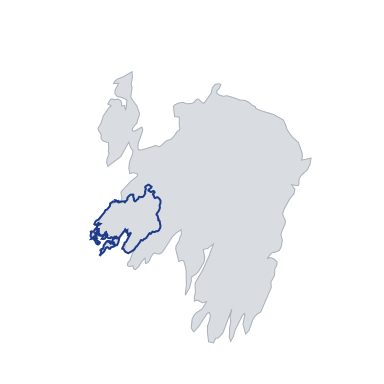 Mayo on a map of Ireland (Natural Earth projection), rotated 306°
{"feature_id": "IRL-714", "entity_name": "Mayo", "entity_type": "County", "adm_level": 1, "iso_a3": "IRL", "parent_name": "Ireland", "parent_adm1": "", "projection": "natural_earth1", "projection_center": [-9.466, 53.907], "detail": "fine", "context": "in_parent", "style": "outline", "palette": "blue", "viewbox_px": 384, "rotation_deg": 306, "n_neighbors": 0, "source": "natural_earth", "source_scale": "10m", "svg_char_len": 9616}
<svg xmlns="http://www.w3.org/2000/svg" viewBox="0 0 384 384"><g transform="rotate(306 192 192)"><path d="M241.2,82.2L233.3,86.4L232.1,88.0L229.9,94.4L229.6,96.2L224.7,103.3L221.9,104.7L217.6,105.9L215.2,107.0L212.2,106.5L208.4,106.5L206.5,107.8L206.6,108.8L207.7,109.9L214.9,113.2L214.5,114.5L212.5,116.1L199.8,119.9L196.0,122.2L194.7,123.8L196.1,126.3L206.3,134.0L208.0,134.8L209.6,139.3L218.5,141.2L222.2,144.0L225.4,144.6L232.3,144.4L235.0,145.4L236.6,144.6L237.5,143.2L245.1,137.7L242.7,133.6L250.3,126.7L252.5,126.8L256.1,128.9L259.2,131.9L260.2,135.8L263.1,139.3L264.9,140.6L269.8,141.3L271.0,142.7L270.2,147.8L271.0,149.5L283.5,149.4L288.5,147.1L292.9,147.5L295.1,149.8L296.1,152.2L292.3,153.1L288.4,152.6L286.5,154.2L286.5,157.2L287.8,161.0L290.5,163.8L292.7,170.0L294.6,176.8L297.3,181.0L298.0,186.1L297.6,188.7L298.2,193.2L297.1,194.8L298.0,199.1L302.8,212.9L303.9,223.6L301.7,227.7L298.8,231.5L296.9,236.1L295.4,241.0L294.6,248.9L288.2,258.2L285.4,260.5L282.2,261.9L289.4,268.4L283.6,271.3L277.3,272.3L270.2,270.6L265.9,270.8L260.3,274.2L259.1,273.6L256.4,268.3L254.5,273.8L250.5,275.5L243.6,275.2L232.0,276.6L227.6,278.2L225.7,280.7L224.4,283.5L222.6,285.2L220.6,286.1L211.6,288.2L209.9,289.0L205.8,293.6L200.4,296.3L195.9,297.0L191.9,294.4L190.2,292.8L188.3,291.9L182.2,292.1L184.1,292.9L185.4,294.8L186.0,298.4L185.4,302.0L182.3,303.8L178.7,304.1L173.0,307.8L165.5,308.8L161.4,312.2L136.5,317.9L135.0,318.0L131.6,316.5L127.8,315.9L124.1,316.3L113.7,319.5L108.6,318.9L115.1,310.9L123.7,306.9L124.6,305.8L121.8,305.3L105.3,308.1L99.6,310.4L93.8,311.1L96.5,307.5L103.9,302.5L110.3,299.3L113.1,296.3L120.8,293.0L95.8,299.9L89.2,299.0L87.6,297.1L82.5,298.0L80.6,293.4L88.2,286.4L92.6,283.4L97.9,281.8L102.9,279.5L104.8,276.6L102.5,275.7L87.3,276.4L80.1,275.8L80.5,273.6L81.8,271.1L89.3,266.8L93.4,266.1L97.0,266.5L103.4,269.0L111.9,268.2L108.4,265.5L107.8,260.0L105.1,258.1L108.5,255.5L112.5,254.0L119.1,248.7L121.5,247.9L134.6,246.6L148.7,243.8L162.7,239.9L155.5,237.8L152.1,234.9L146.6,240.7L142.6,242.9L131.4,244.0L127.8,243.4L122.8,241.6L121.2,242.3L119.8,243.7L112.4,246.5L104.5,247.2L113.6,242.0L125.2,233.2L127.7,230.5L131.4,225.7L130.3,223.5L127.9,222.3L136.2,212.4L139.2,210.7L144.5,210.4L148.4,208.8L150.1,208.8L151.7,208.2L155.1,205.3L149.8,203.4L144.3,202.4L127.4,203.4L125.2,203.2L123.1,202.3L121.8,201.0L120.7,197.7L119.5,196.9L115.7,196.9L111.9,197.9L109.3,197.8L106.7,196.4L110.9,192.9L105.6,192.1L100.2,192.8L95.7,191.8L95.6,189.6L97.6,187.5L95.0,185.4L94.5,182.9L97.3,181.6L100.4,182.0L106.6,180.1L114.7,179.2L107.8,177.3L105.1,175.7L104.9,173.3L105.5,171.2L113.5,167.6L122.0,166.1L121.3,163.7L121.9,161.2L113.3,160.5L104.9,162.3L105.8,157.4L107.8,153.1L108.2,150.2L107.8,147.1L103.9,148.4L103.4,144.1L101.7,141.1L95.8,143.2L96.0,139.3L97.7,136.5L100.8,135.3L103.8,135.8L109.5,135.8L114.9,133.7L122.8,133.2L135.3,133.9L144.0,139.7L146.2,138.6L149.6,134.9L151.2,134.5L164.2,136.1L172.3,138.3L174.5,137.6L173.3,133.5L170.5,130.7L174.0,127.0L178.2,124.5L181.0,123.3L187.5,121.7L190.4,120.3L192.2,115.5L195.2,111.6L178.9,113.6L163.3,108.9L165.7,105.6L169.0,103.7L174.7,102.3L175.2,100.6L178.0,99.2L182.8,95.4L181.0,90.5L181.9,86.9L185.3,84.5L186.4,81.2L187.9,78.7L194.8,77.8L201.4,75.5L211.6,75.2L214.3,76.1L213.7,72.1L218.5,71.6L220.4,72.4L221.2,75.2L223.4,77.1L224.1,80.3L222.7,82.7L220.3,84.6L222.5,86.6L219.1,90.1L222.8,88.6L228.1,85.2L227.8,82.3L226.9,78.8L225.4,75.6L226.0,72.1L229.0,69.9L236.9,68.8L233.6,64.8L236.5,64.5L239.6,65.3L244.3,68.4L254.1,72.8L249.4,76.6L243.5,79.3L241.2,82.2ZM103.1,159.0L102.9,160.9L99.1,158.5L97.3,156.0L87.0,154.8L91.3,152.2L93.4,153.0L100.7,153.1L102.7,154.2L103.1,159.0Z" fill="#d9dde1" stroke="#a8b0b8" stroke-width="1"/><path d="M115.9,179.3L115.9,179.2L115.0,178.9L111.5,179.1L109.3,178.4L105.1,176.5L104.4,173.6L104.7,172.2L105.3,171.1L105.6,170.1L105.1,168.9L105.6,168.6L107.6,168.4L108.9,168.0L110.1,167.9L110.7,167.7L111.2,167.3L111.5,167.3L112.5,167.8L113.1,168.0L122.6,166.7L122.6,166.2L121.8,166.1L119.8,165.3L120.5,164.9L120.8,164.8L120.8,164.4L120.6,163.9L121.1,163.3L122.9,162.2L122.5,162.1L121.5,161.7L121.9,161.4L122.2,161.0L122.5,160.5L122.6,159.9L122.0,160.0L121.5,160.4L120.1,160.0L112.8,159.9L107.8,162.1L105.0,162.6L103.4,161.2L104.0,160.8L104.3,159.0L105.2,158.5L105.0,157.9L105.0,157.7L105.2,157.2L105.2,156.8L104.8,156.8L104.8,156.4L107.2,155.9L107.7,156.0L108.8,156.7L109.5,156.8L110.1,157.2L110.3,158.7L110.9,159.0L111.3,158.8L111.3,158.3L111.2,157.6L111.4,156.8L110.9,156.4L110.5,155.9L110.0,155.5L109.3,155.5L109.3,155.9L109.7,156.4L109.1,156.2L108.7,155.7L108.1,154.1L108.2,153.5L107.9,153.2L107.6,153.1L106.7,153.2L106.4,152.6L106.0,152.2L105.7,151.7L105.5,150.7L105.7,149.7L106.3,149.4L107.0,149.3L107.5,148.7L106.8,148.5L106.8,148.1L107.3,147.7L107.9,147.4L107.5,147.0L109.0,146.0L108.5,145.7L107.9,145.7L106.6,146.0L106.7,146.6L106.6,146.8L106.4,146.9L105.8,147.0L105.8,147.4L106.2,147.4L104.7,148.8L103.3,149.0L102.0,148.2L101.0,146.5L102.0,146.5L104.3,146.0L105.2,145.6L103.6,144.7L103.0,144.1L102.7,143.3L103.1,143.5L103.8,143.7L104.1,143.8L103.4,143.1L101.7,141.6L102.4,141.9L103.0,141.9L103.5,141.7L103.8,141.1L101.1,139.4L100.0,139.1L99.2,139.8L100.0,140.5L99.7,141.0L98.8,141.3L97.8,141.1L98.3,141.8L98.5,142.0L98.5,142.5L97.8,142.4L97.2,142.5L96.1,142.9L96.1,143.3L96.8,143.5L97.0,143.9L97.1,145.2L96.7,145.2L95.7,145.6L96.4,146.0L97.0,146.6L97.1,147.1L96.3,147.4L95.3,147.3L94.6,147.1L94.1,146.4L94.0,145.2L94.3,144.4L95.5,142.5L95.7,141.8L95.9,140.6L96.3,140.1L96.9,139.7L97.5,138.8L95.9,138.8L95.3,138.6L94.7,138.0L95.7,138.0L96.1,137.4L96.4,136.5L96.8,135.8L97.4,135.4L99.6,134.4L99.8,134.1L100.0,133.8L100.2,133.5L100.7,133.5L101.0,133.7L101.1,134.1L101.2,134.5L101.3,134.8L102.0,135.2L102.9,135.6L103.8,135.7L104.5,135.3L104.9,135.8L105.3,136.1L105.7,136.1L106.2,135.8L106.3,136.0L106.6,136.2L105.5,137.8L104.3,138.5L103.0,138.4L101.7,137.5L101.4,138.8L102.2,139.2L103.4,139.2L104.3,139.6L105.1,140.0L105.8,139.5L106.5,138.8L107.3,138.4L106.6,137.7L106.9,136.6L107.7,135.7L108.5,135.3L109.6,135.5L111.4,136.5L112.5,136.7L112.2,136.1L111.8,135.7L110.8,135.3L110.8,134.8L111.3,134.7L111.7,134.7L112.8,134.8L111.9,134.4L109.2,134.0L108.7,133.3L108.4,132.4L108.5,131.9L111.5,131.3L112.5,131.5L114.5,132.4L115.4,132.6L124.2,133.1L124.7,133.0L125.7,132.7L126.2,132.6L126.7,132.7L127.4,133.3L127.8,133.5L131.8,133.9L132.3,133.8L132.9,133.6L133.5,133.2L133.9,132.9L134.4,132.6L135.0,132.6L137.3,133.5L137.7,133.5L138.1,133.8L138.5,135.0L138.8,135.3L139.7,135.2L140.2,135.0L140.3,134.8L140.6,135.4L140.7,135.9L140.6,136.3L140.3,136.7L140.3,137.1L141.4,137.5L141.4,138.0L140.4,138.5L140.7,139.1L143.1,140.8L143.8,141.6L144.2,142.5L144.2,143.8L144.5,143.8L144.6,142.6L144.7,142.9L145.9,143.8L146.2,144.0L146.6,144.1L147.7,144.1L148.1,144.1L148.4,144.0L148.6,143.8L148.8,143.4L149.0,143.3L149.6,143.1L149.9,143.1L153.3,143.7L153.7,143.9L154.0,144.1L154.6,145.1L155.3,145.7L155.4,146.0L155.3,146.3L155.1,146.4L154.2,146.6L153.9,146.9L153.7,147.4L153.1,147.9L153.0,148.0L152.9,148.5L152.8,148.8L152.7,148.9L151.7,149.4L151.4,149.7L151.2,150.0L150.9,150.9L150.9,151.4L151.2,151.6L151.7,151.8L153.4,151.9L154.3,152.4L154.7,152.5L155.6,152.3L156.4,152.0L156.7,151.9L157.0,152.0L157.3,152.4L157.4,152.7L157.6,153.5L158.5,154.2L158.8,154.9L159.2,155.1L160.7,155.3L162.9,155.1L163.4,155.0L163.8,154.7L164.2,154.1L164.4,153.9L164.8,153.8L165.4,153.7L165.9,153.3L166.1,153.2L167.2,152.9L167.6,152.6L167.8,152.5L167.9,152.3L168.0,151.8L168.1,151.5L168.3,151.4L168.5,151.2L168.8,151.2L169.5,151.2L172.3,152.4L172.4,152.7L172.6,153.1L172.4,155.1L172.6,156.1L171.7,156.5L171.1,156.4L168.6,155.5L168.1,155.5L167.7,155.6L167.5,155.9L167.5,156.1L167.5,156.4L167.8,156.7L167.9,157.0L167.7,158.1L167.7,158.4L167.8,158.6L167.9,158.8L168.2,159.1L169.9,160.0L170.1,160.1L170.2,160.4L170.2,160.9L170.0,161.6L169.8,161.9L169.5,162.0L169.2,162.0L168.4,161.6L168.0,161.6L167.7,161.6L167.2,161.7L167.0,161.8L166.9,162.1L166.9,162.6L166.8,163.0L166.1,163.7L165.8,164.2L165.4,165.0L165.3,165.5L165.4,165.8L167.0,166.6L167.4,167.0L167.5,167.2L167.5,167.7L167.5,168.5L167.1,170.3L166.8,171.0L166.5,171.5L165.6,172.3L164.0,173.2L163.5,173.3L162.9,173.4L162.1,173.6L160.8,175.0L159.2,175.8L157.1,176.2L153.7,176.2L153.1,176.4L152.8,176.6L152.7,177.4L152.7,177.7L152.5,178.1L152.3,178.4L152.1,178.8L151.1,179.6L150.9,179.9L150.8,180.2L150.7,180.6L150.3,180.8L149.7,181.0L149.4,181.2L149.3,181.4L149.3,181.6L149.4,181.8L149.7,182.2L149.6,182.5L149.4,183.0L147.3,185.0L146.5,186.0L146.1,186.3L144.9,187.1L144.4,187.3L143.5,187.4L141.9,187.7L141.5,187.7L140.7,187.4L139.9,187.1L139.8,186.9L139.4,186.3L139.2,186.1L139.0,185.9L138.2,185.7L137.8,185.4L137.5,185.0L137.2,184.7L137.1,184.4L137.0,183.7L136.7,183.4L136.2,183.3L134.3,183.3L133.9,183.2L133.7,183.0L133.7,182.8L133.8,182.4L133.8,182.1L133.8,181.9L133.2,181.8L128.4,182.0L127.7,181.9L126.7,181.5L126.1,181.1L125.8,180.9L125.6,180.8L124.2,180.7L123.9,180.6L123.7,180.5L123.6,180.3L123.4,179.5L123.3,179.2L123.0,178.9L122.7,178.9L122.4,179.0L121.9,179.2L121.5,179.3L115.9,179.3ZM102.4,156.4L103.0,156.1L103.5,156.0L104.0,156.0L104.4,156.4L104.4,156.8L104.0,157.3L103.7,158.3L103.5,159.5L103.7,160.4L102.6,161.1L101.7,160.7L100.7,159.8L99.6,159.0L98.9,159.0L98.2,159.1L97.7,159.0L97.4,158.3L97.6,157.4L97.7,156.6L97.7,156.0L97.1,155.5L96.1,155.2L92.2,155.9L90.8,155.7L88.3,155.0L87.0,155.0L87.0,154.5L88.3,154.5L89.4,154.3L90.3,153.6L90.9,152.3L91.3,152.7L91.7,152.8L92.1,152.7L92.6,152.3L93.7,153.3L95.0,153.0L96.2,152.3L97.3,151.9L101.7,152.0L102.7,152.3L103.7,154.0L102.7,154.0L102.8,154.6L102.8,155.1L102.6,155.5L102.4,155.9L102.4,156.4Z" fill="none" stroke="#1e3a8a" stroke-width="2"/></g></svg>